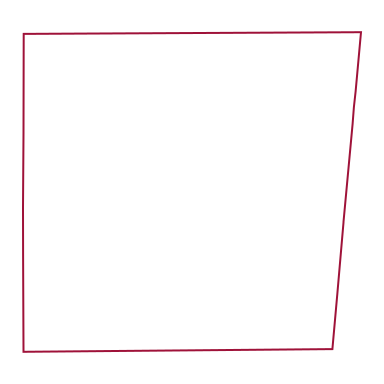 Noxubee, Mississippi, United States of America
{"feature_id": "52423323B86616716880286", "entity_name": "Noxubee", "entity_type": "district", "adm_level": 2, "iso_a3": "USA", "parent_name": "United States of America", "parent_adm1": "Mississippi", "projection": "equal_earth", "projection_center": [-88.56, 33.107], "detail": "fine", "context": "isolated", "style": "outline", "palette": "rose", "viewbox_px": 384, "rotation_deg": 0, "n_neighbors": 0, "source": "geoboundaries", "source_scale": "gbopen_adm2", "svg_char_len": 307}
<svg xmlns="http://www.w3.org/2000/svg" viewBox="0 0 384 384"><path d="M23.7,33.9L23.5,133.4L23.0,207.7L23.1,255.7L23.5,350.6L23.5,351.8L332.4,349.1L337.3,294.2L343.5,222.5L343.5,221.9L352.6,124.0L353.9,107.1L355.6,91.6L361.0,32.2L119.1,33.4L23.7,33.9Z" fill="none" stroke="#9f1239" stroke-width="2"/></svg>